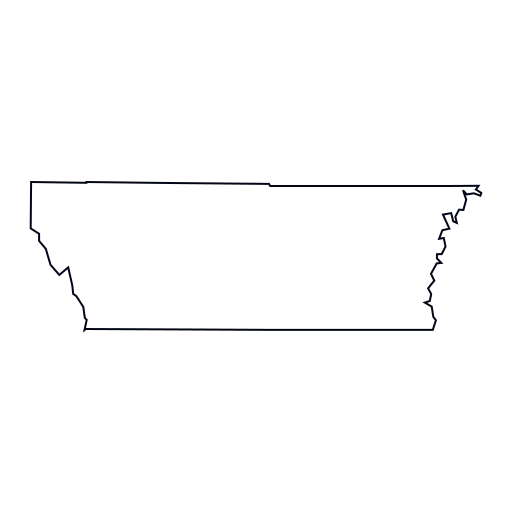 Carbon, Utah, United States of America (orthographic projection)
{"feature_id": "52423323B75729045949325", "entity_name": "Carbon", "entity_type": "district", "adm_level": 2, "iso_a3": "USA", "parent_name": "United States of America", "parent_adm1": "Utah", "projection": "orthographic", "projection_center": [-110.382, 39.641], "detail": "fine", "context": "isolated", "style": "outline", "palette": "ink", "viewbox_px": 512, "rotation_deg": 0, "n_neighbors": 0, "source": "geoboundaries", "source_scale": "gbopen_adm2", "svg_char_len": 817}
<svg xmlns="http://www.w3.org/2000/svg" viewBox="0 0 512 512"><path d="M158.9,182.9L86.4,182.0L86.4,182.8L31.1,182.0L30.7,228.4L39.1,233.8L39.1,240.9L45.8,248.8L50.5,264.8L59.3,274.9L68.2,267.4L72.3,285.5L73.2,293.9L76.4,296.2L83.3,306.9L84.8,317.8L86.7,319.9L84.5,330.0L85.7,329.0L276.9,329.9L432.8,329.9L435.9,320.3L433.3,316.8L431.7,306.6L424.8,302.6L429.8,301.0L431.2,294.0L428.1,288.3L434.3,280.6L431.0,273.8L436.7,263.4L441.3,262.9L436.9,258.4L437.0,254.2L441.7,254.1L445.5,246.6L443.8,238.0L439.1,238.8L442.4,230.2L449.4,228.7L443.0,214.6L451.2,213.1L453.2,221.3L456.8,222.9L455.3,216.8L459.0,209.7L463.4,209.9L466.2,199.6L463.0,190.3L466.7,194.4L473.9,193.3L480.3,195.7L481.3,192.9L475.9,189.5L478.5,185.8L447.7,186.0L270.2,186.0L269.0,183.9L158.9,182.9Z" fill="none" stroke="#020617" stroke-width="2"/></svg>